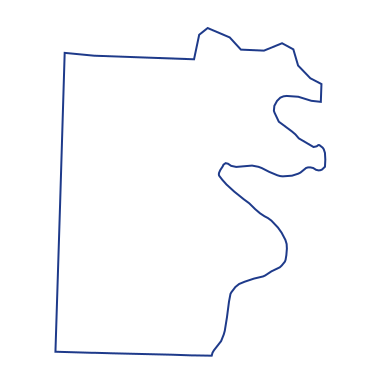 outline of Pemiscot, Missouri, United States of America, rotated 2°
{"feature_id": "52423323B55965688418648", "entity_name": "Pemiscot", "entity_type": "district", "adm_level": 2, "iso_a3": "USA", "parent_name": "United States of America", "parent_adm1": "Missouri", "projection": "mercator", "projection_center": [-89.66, 36.213], "detail": "fine", "context": "isolated", "style": "outline", "palette": "blue", "viewbox_px": 384, "rotation_deg": 2, "n_neighbors": 0, "source": "geoboundaries", "source_scale": "gbopen_adm2", "svg_char_len": 1529}
<svg xmlns="http://www.w3.org/2000/svg" viewBox="0 0 384 384"><g transform="rotate(2 192 192)"><path d="M59.9,57.4L60.6,209.5L61.1,356.4L97.0,356.2L100.0,356.1L113.0,356.0L113.3,356.0L113.6,356.0L117.0,356.0L178.2,355.3L178.3,355.3L198.4,355.3L201.2,355.2L217.4,354.9L218.1,351.9L219.4,349.5L226.3,340.0L228.7,333.3L229.6,329.6L231.3,316.1L232.8,300.3L234.0,292.5L234.8,290.9L238.7,285.4L242.3,282.3L247.8,279.8L256.9,276.4L266.0,273.9L268.0,272.9L274.2,268.5L282.4,264.2L284.2,262.4L287.3,258.3L287.9,256.4L288.5,251.8L288.8,245.3L288.4,240.7L287.0,236.6L283.0,229.6L279.2,224.6L272.3,217.8L268.8,215.4L265.3,213.7L260.7,210.9L255.8,207.0L249.6,201.3L243.9,197.4L234.3,190.2L230.9,187.3L226.2,183.3L221.9,178.8L218.9,175.2L218.4,174.4L218.2,173.2L218.4,171.8L219.5,169.1L221.8,165.3L222.5,163.6L224.6,162.0L227.0,162.5L230.2,164.5L235.3,165.4L251.1,163.5L257.5,164.5L260.8,165.6L268.5,169.2L276.7,172.3L279.5,173.0L282.1,173.2L291.4,172.2L297.5,170.0L299.7,168.8L305.2,164.0L307.0,163.4L309.6,163.3L312.3,163.8L315.2,165.5L317.8,166.0L319.7,165.7L321.2,165.0L324.0,162.1L324.1,155.0L323.5,148.3L322.2,144.7L321.0,143.1L317.7,140.7L316.6,140.7L315.0,142.0L311.9,142.8L296.9,134.7L293.3,130.8L289.9,128.1L276.3,118.7L271.7,109.8L271.0,108.0L271.3,103.0L273.8,98.0L277.0,94.6L280.1,93.2L283.2,92.7L294.9,93.1L308.1,96.7L317.6,97.4L317.6,79.6L306.3,74.2L293.6,61.9L288.3,45.9L276.8,40.2L259.0,48.2L235.9,48.0L224.3,36.2L201.9,27.6L193.7,34.6L189.4,59.3L89.5,59.2L59.9,57.4Z" fill="none" stroke="#1e3a8a" stroke-width="2"/></g></svg>